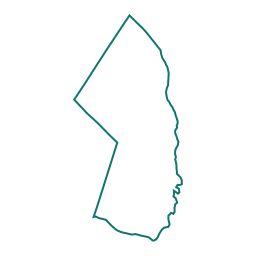 Alto Piquiri, Paraná, Brazil (Equal Earth projection)
{"feature_id": "56859067B25511421043506", "entity_name": "Alto Piquiri", "entity_type": "district", "adm_level": 2, "iso_a3": "BRA", "parent_name": "Brazil", "parent_adm1": "Paraná", "projection": "equal_earth", "projection_center": [-53.368, -24.091], "detail": "fine", "context": "isolated", "style": "outline", "palette": "teal", "viewbox_px": 256, "rotation_deg": 0, "n_neighbors": 0, "source": "geoboundaries", "source_scale": "gbopen_adm2", "svg_char_len": 1572}
<svg xmlns="http://www.w3.org/2000/svg" viewBox="0 0 256 256"><path d="M177.1,127.5L176.7,125.4L177.6,123.6L177.6,121.3L176.7,118.2L175.5,114.9L174.9,112.2L173.5,109.7L172.2,106.8L170.6,104.9L169.2,101.9L167.7,100.2L167.0,98.1L166.4,94.8L166.0,92.1L166.5,89.6L167.1,87.4L168.1,85.1L168.2,81.5L168.4,78.9L168.5,76.8L168.7,74.3L168.5,71.9L167.9,69.3L167.3,66.9L166.1,64.9L165.2,62.4L163.9,60.4L162.4,58.0L161.7,55.9L161.1,53.8L160.6,50.3L147.1,33.3L142.7,28.3L136.4,22.3L129.5,15.4L127.4,18.6L125.1,21.9L106.4,50.1L100.5,59.3L98.7,62.0L83.9,85.1L74.2,99.6L78.0,103.7L83.7,109.7L87.3,113.6L95.2,120.7L98.5,123.9L101.1,126.5L109.4,135.0L117.3,142.6L113.4,155.0L97.0,207.0L93.6,217.0L95.5,216.5L99.3,218.2L100.8,218.6L102.4,218.8L106.0,219.9L111.2,225.4L113.0,227.0L115.5,229.2L117.0,230.3L120.4,231.8L122.5,232.4L125.9,233.2L132.0,234.6L135.4,234.1L141.6,235.7L146.1,236.7L148.0,237.0L149.8,238.1L152.5,240.4L154.0,240.6L156.3,239.2L157.9,237.0L159.0,234.3L160.6,231.6L161.8,229.8L163.8,227.8L165.9,227.3L168.4,226.8L169.6,224.3L168.4,219.5L168.4,215.8L171.2,212.8L173.3,213.9L174.6,211.7L174.5,207.9L175.2,204.4L177.1,202.6L176.4,200.3L175.5,198.1L173.5,196.5L174.1,193.7L173.9,190.8L176.0,192.1L177.9,193.7L179.4,192.3L178.8,188.7L176.2,187.2L177.6,184.9L180.3,184.9L181.8,184.2L181.8,180.3L180.5,177.3L178.5,175.3L176.9,173.9L176.9,171.3L176.5,168.4L176.4,164.8L175.7,161.2L175.2,159.3L175.9,157.0L175.1,154.0L175.2,150.3L176.3,147.8L177.7,145.5L178.4,141.9L177.3,139.2L176.5,136.4L175.3,133.6L175.1,130.7L177.1,127.5Z" fill="none" stroke="#0f766e" stroke-width="2"/></svg>